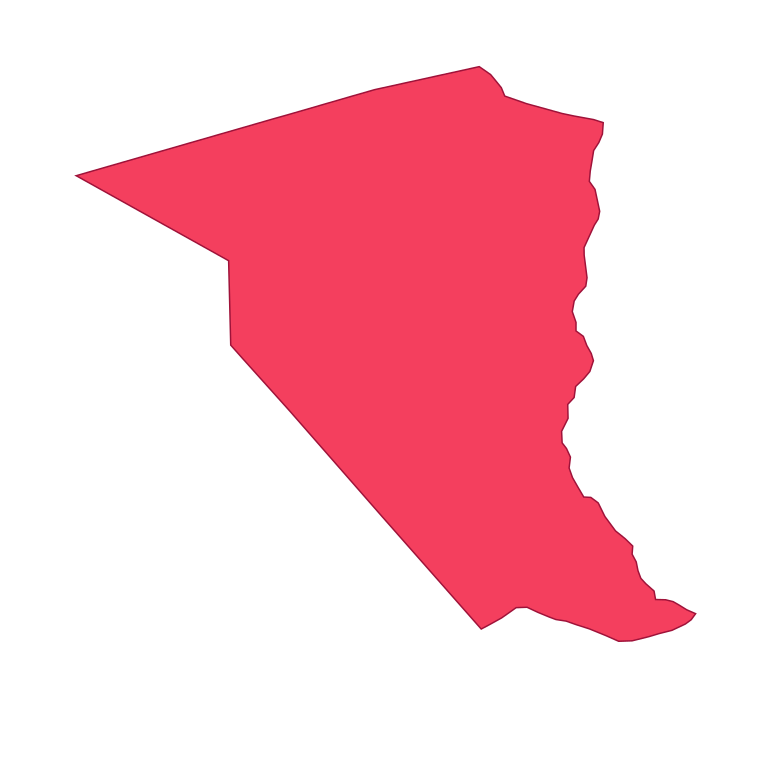 outline of Miranda do Norte, Maranhão, Brazil, rotated 80°
{"feature_id": "56859067B705481453329", "entity_name": "Miranda do Norte", "entity_type": "district", "adm_level": 2, "iso_a3": "BRA", "parent_name": "Brazil", "parent_adm1": "Maranhão", "projection": "orthographic", "projection_center": [-44.488, -3.552], "detail": "fine", "context": "isolated", "style": "filled", "palette": "rose", "viewbox_px": 768, "rotation_deg": 80, "n_neighbors": 0, "source": "geoboundaries", "source_scale": "gbopen_adm2", "svg_char_len": 1318}
<svg xmlns="http://www.w3.org/2000/svg" viewBox="0 0 768 768"><g transform="rotate(80 384 384)"><path d="M164.7,122.7L160.0,131.6L153.0,150.5L148.5,161.7L132.6,195.1L121.4,215.1L112.6,217.0L105.7,220.8L97.9,225.2L88.0,235.1L92.5,342.1L94.9,365.0L102.2,432.5L103.5,445.6L125.4,651.0L235.6,515.6L319.1,528.2L334.7,518.6L394.1,481.6L514.2,408.9L642.2,330.8L639.2,321.6L634.8,308.8L630.3,299.2L627.2,292.7L628.7,281.9L635.6,272.1L641.9,262.2L645.8,255.6L649.1,245.9L654.5,236.3L660.8,224.3L670.3,209.2L678.1,197.6L680.0,184.2L678.8,166.8L677.6,156.7L676.6,143.2L672.7,128.9L669.5,122.4L664.3,117.0L658.9,125.1L653.0,131.7L648.5,137.1L645.4,144.1L643.4,154.0L634.8,154.0L626.1,160.9L620.0,164.8L611.9,166.3L603.0,166.5L594.7,169.2L586.8,167.2L578.2,173.4L568.9,181.5L552.8,189.5L538.3,193.7L531.6,200.0L530.0,206.9L519.3,210.9L509.0,214.6L498.9,216.3L488.4,213.1L479.2,215.5L472.9,218.8L461.4,217.3L449.8,208.7L436.0,206.6L430.3,199.1L419.7,195.7L413.6,186.5L407.4,179.1L397.4,173.7L389.9,174.6L381.3,177.6L371.7,179.4L365.1,185.7L356.7,184.2L345.4,186.0L335.3,182.3L329.3,176.9L322.7,168.3L314.6,165.6L291.8,164.5L284.4,163.3L264.1,149.3L258.7,144.4L251.4,141.6L229.0,142.4L220.1,146.6L210.1,143.9L200.9,140.6L190.5,137.0L183.5,130.5L175.8,125.5L164.7,122.7Z" fill="#f43f5e" stroke="#9f1239" stroke-width="1.5"/></g></svg>